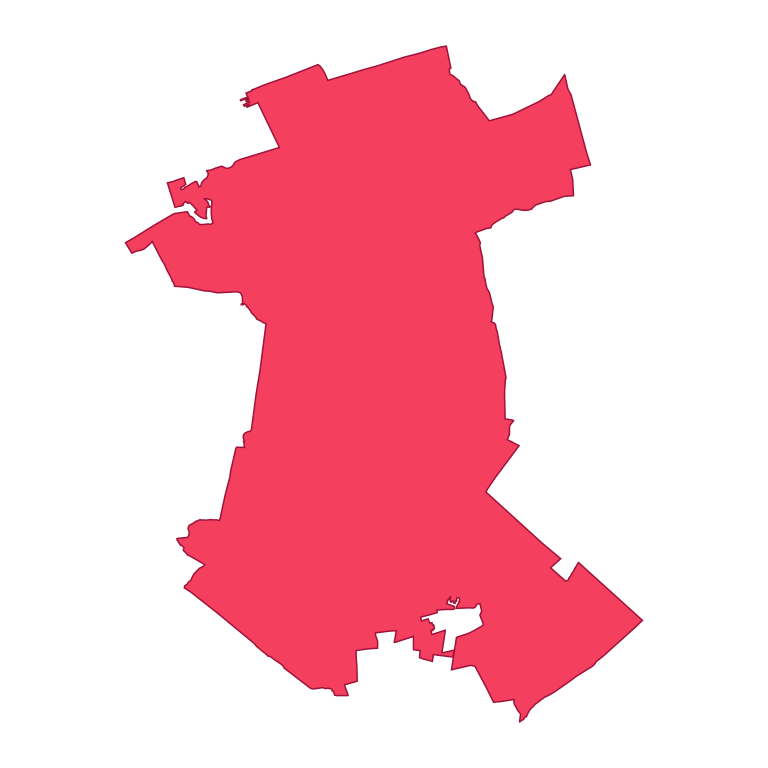 the district of Simnicu De Sus, Dolj, Romania
{"feature_id": "2599482B71423857847372", "entity_name": "Simnicu De Sus", "entity_type": "district", "adm_level": 2, "iso_a3": "ROU", "parent_name": "Romania", "parent_adm1": "Dolj", "projection": "equal_earth", "projection_center": [23.793, 44.407], "detail": "fine", "context": "isolated", "style": "filled", "palette": "rose", "viewbox_px": 768, "rotation_deg": 0, "n_neighbors": 0, "source": "geoboundaries", "source_scale": "gbopen_adm2", "svg_char_len": 6089}
<svg xmlns="http://www.w3.org/2000/svg" viewBox="0 0 768 768"><path d="M526.3,716.8L528.1,712.8L530.2,709.3L532.6,707.1L534.9,704.5L544.2,697.5L549.8,694.7L554.4,692.0L570.8,680.5L576.6,676.1L592.4,666.3L594.7,664.0L596.6,661.3L602.9,656.4L634.2,628.2L642.5,620.4L578.5,562.5L574.5,569.0L573.4,571.4L572.3,572.7L570.5,576.1L569.2,577.7L567.9,580.5L565.5,581.0L550.6,567.8L560.7,558.7L542.1,543.1L485.9,492.0L487.9,488.4L495.6,477.1L519.1,445.7L507.3,439.6L509.5,434.5L509.5,427.6L510.1,425.1L513.6,420.7L512.7,420.1L505.2,418.9L504.8,418.6L505.1,417.0L504.6,397.1L504.6,391.7L505.4,379.3L506.0,378.5L505.8,376.4L501.3,352.2L499.3,344.0L497.4,332.2L496.2,328.7L495.5,324.6L494.4,323.1L491.3,321.8L491.9,319.2L493.3,306.7L492.3,304.5L489.5,292.9L488.3,290.4L487.4,289.6L486.8,287.8L485.7,283.4L485.0,278.8L484.0,276.6L482.4,257.1L481.4,253.3L479.8,245.6L479.8,244.4L480.5,243.2L478.7,238.9L476.2,234.1L475.2,232.9L476.4,232.2L486.5,228.5L490.1,228.0L491.1,227.4L491.9,224.9L495.5,222.2L502.8,217.9L503.6,218.0L505.4,216.2L512.1,212.2L513.7,209.9L515.2,209.2L517.1,209.1L522.1,210.2L525.4,210.4L528.3,210.1L531.7,209.0L534.0,206.4L535.8,205.0L543.7,202.2L545.8,201.6L550.2,201.3L564.3,196.3L573.5,195.7L572.7,179.6L570.4,169.6L590.5,164.9L586.8,153.3L571.0,94.6L568.8,90.9L567.8,88.6L564.8,75.0L564.6,74.7L563.8,75.8L550.9,95.0L549.8,95.0L548.7,95.5L539.4,101.4L512.7,114.3L489.3,120.8L478.5,106.8L476.3,103.3L475.9,102.1L472.9,101.0L472.8,101.3L471.0,99.3L469.9,97.4L468.8,94.1L465.8,88.3L464.9,87.0L460.7,84.4L459.0,80.4L457.8,79.8L452.5,75.3L450.6,74.8L449.8,73.9L449.3,69.0L450.9,68.0L446.3,46.1L441.2,46.9L431.3,49.5L419.2,53.3L404.0,57.2L377.2,65.9L365.8,69.0L327.8,80.4L325.7,75.2L323.4,70.7L320.4,66.4L318.0,64.6L285.6,77.4L265.4,84.5L251.9,90.0L252.2,90.6L246.0,93.1L247.7,97.0L240.4,99.8L240.8,100.7L248.2,97.8L248.7,99.0L245.8,100.2L246.4,101.7L249.0,100.7L249.6,102.2L243.5,104.7L244.3,106.3L249.1,104.3L249.5,105.2L246.7,106.4L247.1,107.2L257.9,102.7L279.4,147.5L240.0,159.5L235.3,161.9L234.1,163.4L233.7,164.3L232.4,166.1L230.9,167.2L228.4,168.2L226.6,168.4L221.6,166.2L215.8,168.0L210.9,170.0L206.7,170.7L208.1,173.3L208.2,174.4L207.9,175.6L206.9,177.7L206.1,178.6L204.9,179.1L203.3,180.6L201.5,182.9L200.8,186.2L198.7,186.7L198.8,186.1L198.0,184.6L197.1,182.2L196.7,181.7L195.6,181.3L190.0,184.4L188.2,185.8L184.6,187.5L184.5,188.5L181.5,189.8L180.6,188.0L185.8,184.4L183.8,177.7L174.9,180.7L172.8,181.6L167.4,182.8L175.0,207.3L179.3,206.3L180.7,206.2L183.2,205.0L183.5,204.6L183.1,203.8L185.2,201.6L187.0,202.6L187.9,203.4L188.1,203.4L188.0,202.7L188.3,202.6L188.6,203.1L189.6,202.4L192.8,205.5L196.9,210.1L196.9,210.5L194.7,211.9L194.6,212.2L195.3,212.9L198.8,215.9L200.5,217.0L204.0,218.5L206.6,218.6L206.8,218.4L206.7,218.0L206.1,216.9L206.0,216.0L206.7,207.4L207.5,207.0L209.4,207.2L210.2,206.7L208.4,204.4L208.1,202.7L207.5,201.7L205.9,199.8L204.5,199.1L204.8,198.6L208.1,199.0L211.5,200.3L211.8,200.8L211.9,204.4L211.4,206.5L211.2,213.2L211.6,215.7L211.7,218.2L212.9,223.1L210.3,224.4L208.4,224.0L202.9,224.5L199.8,224.5L199.1,224.2L198.7,223.4L197.8,222.6L196.3,222.0L195.2,221.1L194.4,219.5L192.8,217.6L190.8,216.3L189.6,216.0L187.4,211.7L175.3,213.4L173.9,213.8L172.0,214.8L155.4,224.5L133.2,238.3L125.5,242.7L131.8,253.2L136.2,251.2L140.4,250.4L144.0,249.1L150.0,244.0L152.2,241.5L162.5,261.5L163.6,262.8L167.5,271.2L171.0,277.6L172.4,281.2L173.6,282.8L174.5,285.4L174.5,286.2L188.6,287.4L204.4,290.9L209.8,291.2L217.2,292.8L237.2,291.8L240.0,292.7L241.2,293.9L242.4,296.9L242.4,300.7L242.7,303.2L241.4,303.9L241.2,304.7L243.4,304.7L244.0,303.5L244.4,303.6L246.8,305.7L246.6,306.5L248.2,307.8L249.6,309.6L251.7,313.1L255.6,317.0L256.8,319.2L260.4,320.8L263.2,322.6L265.3,323.4L266.0,324.1L260.0,370.5L256.2,393.5L251.5,429.1L250.5,431.2L248.0,431.6L244.8,433.2L243.4,435.0L243.2,437.6L244.4,440.9L243.4,441.3L244.0,443.1L244.2,445.9L244.7,447.4L236.7,447.2L235.9,448.3L230.6,471.1L230.0,476.5L225.5,493.6L220.8,515.2L220.8,516.8L220.0,518.3L219.5,520.2L218.1,520.3L216.2,519.8L214.5,520.0L210.9,519.6L205.5,520.2L204.0,519.9L202.6,520.1L199.8,519.7L197.5,520.9L196.0,521.2L192.7,523.6L190.6,524.5L188.8,525.9L188.1,527.9L188.1,529.1L188.9,530.8L189.2,533.2L188.7,535.4L188.2,536.5L187.4,537.4L177.8,538.4L176.8,538.9L177.1,539.8L180.4,545.2L182.0,545.6L184.0,547.7L183.3,549.7L183.3,550.4L186.1,553.0L187.4,555.0L189.0,555.5L204.6,564.5L203.5,566.2L199.5,568.3L194.0,573.8L191.7,578.2L190.8,580.4L188.6,581.9L187.1,584.2L184.7,585.9L184.3,587.9L190.7,592.0L217.0,612.7L254.0,643.3L256.4,646.2L262.4,651.3L265.0,653.2L267.9,656.0L270.3,656.6L276.4,661.1L280.8,663.9L283.1,665.9L284.2,668.1L310.2,688.1L312.1,688.8L314.0,688.9L323.0,687.6L324.9,688.5L327.9,688.3L331.0,688.8L331.7,689.2L332.1,690.8L333.6,691.7L334.6,695.1L336.9,695.6L347.9,695.6L348.1,695.4L347.1,692.2L344.9,686.5L344.6,684.8L357.2,681.2L356.9,666.7L356.1,655.3L356.2,650.5L367.8,648.9L377.6,648.2L377.7,641.4L375.7,635.7L375.3,632.9L389.5,631.1L396.3,630.7L394.3,642.3L395.6,642.2L413.4,636.4L413.5,649.7L420.1,650.6L419.5,657.6L423.8,659.1L432.4,661.4L433.4,654.6L453.0,657.1L454.1,650.1L442.8,652.8L442.1,652.7L442.0,652.4L445.2,631.2L445.2,630.2L432.0,634.5L430.9,630.9L432.8,630.5L432.4,629.5L434.5,628.8L433.7,625.0L432.9,625.2L431.9,622.6L429.8,623.1L428.1,618.9L421.5,620.9L420.7,617.1L429.0,615.0L437.2,612.6L436.9,610.1L444.8,609.5L453.8,609.4L454.4,606.4L446.6,603.7L448.0,600.3L447.6,600.1L449.4,599.0L449.5,597.4L450.4,596.8L450.2,601.6L451.3,602.1L451.9,601.0L453.4,601.3L453.3,602.9L455.1,603.4L455.3,601.1L456.5,601.3L457.0,597.6L459.7,598.3L459.7,599.5L459.1,601.4L459.5,601.5L457.1,605.5L455.9,608.4L469.4,607.8L472.9,608.1L474.9,607.5L477.2,604.1L479.9,603.6L481.7,610.9L479.9,615.3L482.9,622.8L483.2,624.3L482.8,625.3L482.0,626.0L472.6,631.4L467.6,633.7L456.5,637.3L451.5,669.8L470.4,665.4L471.8,665.5L475.1,666.5L486.3,687.6L493.6,702.3L496.9,701.8L499.8,701.7L514.0,699.5L513.9,702.3L514.6,704.9L515.7,706.3L517.3,709.8L520.6,714.1L519.6,721.3L519.8,721.9L522.0,720.1L522.8,720.0L523.8,719.0L525.3,716.8L526.3,716.8Z" fill="#f43f5e" stroke="#9f1239" stroke-width="1.5"/></svg>